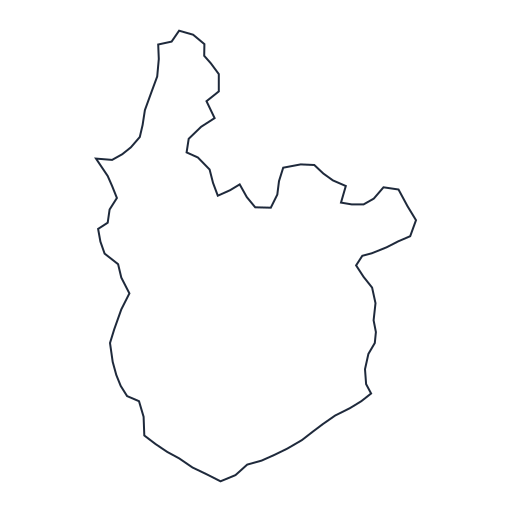 outline of São Joaquim de Bicas, Minas Gerais, Brazil
{"feature_id": "56859067B78639021330864", "entity_name": "São Joaquim de Bicas", "entity_type": "district", "adm_level": 2, "iso_a3": "BRA", "parent_name": "Brazil", "parent_adm1": "Minas Gerais", "projection": "orthographic", "projection_center": [-44.248, -20.062], "detail": "fine", "context": "isolated", "style": "outline", "palette": "slate", "viewbox_px": 512, "rotation_deg": 0, "n_neighbors": 0, "source": "geoboundaries", "source_scale": "gbopen_adm2", "svg_char_len": 1360}
<svg xmlns="http://www.w3.org/2000/svg" viewBox="0 0 512 512"><path d="M158.2,44.5L158.8,59.0L157.2,76.5L151.7,91.4L144.9,110.1L142.6,125.0L139.8,137.0L130.9,147.3L122.3,154.2L112.1,159.9L96.0,158.6L107.7,176.0L112.1,186.0L116.9,198.0L109.6,209.5L107.7,222.7L98.1,228.9L100.4,241.6L104.6,253.6L118.1,264.2L121.3,277.6L129.4,293.4L121.3,309.4L114.2,329.4L110.0,343.0L112.7,361.9L116.3,375.0L120.7,385.9L127.1,396.1L139.0,401.2L143.6,416.8L144.3,435.5L155.6,444.1L167.2,451.9L179.2,458.4L192.5,467.5L206.9,474.4L220.5,481.3L235.5,475.1L247.2,464.6L261.6,460.6L274.6,454.8L287.3,448.6L301.9,440.1L313.0,431.5L322.8,424.1L335.2,415.5L350.0,408.1L361.3,401.2L371.1,393.5L366.1,384.1L365.0,369.2L368.4,353.9L374.8,343.0L375.9,332.1L373.6,320.3L375.5,303.2L372.1,287.6L363.6,276.9L356.1,265.4L362.3,255.8L371.7,253.3L386.6,247.3L398.3,241.3L410.2,236.2L416.0,220.2L407.5,206.2L398.5,189.5L383.5,187.3L373.8,198.6L363.6,204.4L351.7,204.4L341.0,202.6L345.8,186.0L332.9,180.4L323.3,173.5L314.3,165.0L300.7,164.4L283.2,167.7L279.0,181.1L277.3,194.6L270.8,207.7L255.2,207.3L246.8,197.1L239.7,184.4L230.1,190.2L217.8,195.7L213.0,182.8L209.6,169.5L197.9,157.5L186.6,152.4L188.7,138.8L201.1,126.8L214.6,118.1L206.5,101.2L218.8,91.4L218.8,74.1L210.9,63.4L204.2,55.8L204.4,44.1L193.1,34.7L179.1,30.7L171.6,41.6L158.2,44.5Z" fill="none" stroke="#1e293b" stroke-width="2"/></svg>